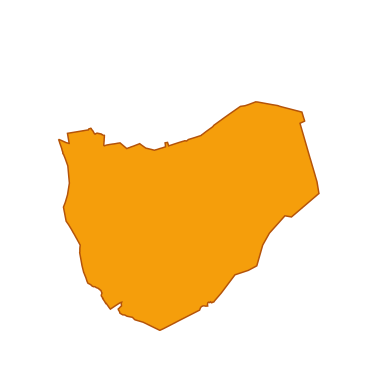 outline of Villa de Reyes, San Luis Potosí, Mexico, rotated 153°
{"feature_id": "50627088B7825328231561", "entity_name": "Villa de Reyes", "entity_type": "district", "adm_level": 2, "iso_a3": "MEX", "parent_name": "Mexico", "parent_adm1": "San Luis Potosí", "projection": "orthographic", "projection_center": [-100.911, 21.834], "detail": "fine", "context": "isolated", "style": "filled", "palette": "amber", "viewbox_px": 384, "rotation_deg": 153, "n_neighbors": 0, "source": "geoboundaries", "source_scale": "gbopen_adm2", "svg_char_len": 4760}
<svg xmlns="http://www.w3.org/2000/svg" viewBox="0 0 384 384"><g transform="rotate(153 192 192)"><path d="M287.0,299.6L287.1,298.6L287.3,297.1L287.6,295.5L287.7,294.7L287.7,294.4L287.9,293.3L288.0,292.7L288.0,292.0L288.2,291.1L288.3,290.2L288.4,289.7L288.9,287.6L289.0,286.1L289.3,285.7L289.5,285.2L289.6,284.9L289.5,284.1L289.4,283.9L289.8,279.2L290.8,271.6L296.5,257.4L297.2,255.6L304.2,246.0L309.7,240.2L313.4,236.9L317.4,223.1L316.8,218.8L316.4,213.6L316.3,211.4L316.3,210.8L316.3,210.6L316.1,207.5L316.0,204.2L316.0,203.9L315.9,202.3L315.9,200.6L315.8,199.1L315.8,198.9L315.8,198.6L315.8,197.4L315.7,195.5L317.5,192.7L318.7,190.4L319.0,189.8L319.6,189.0L323.4,176.4L324.8,170.4L325.0,169.6L325.0,169.4L325.0,168.5L325.1,168.2L325.2,166.7L325.3,166.2L325.3,165.7L325.5,163.6L326.1,159.9L326.1,159.7L326.1,158.6L326.2,158.4L326.0,157.7L325.9,157.5L325.7,157.3L325.5,157.1L325.3,156.8L324.7,156.0L324.7,155.9L324.6,155.7L324.4,155.3L324.2,155.0L324.1,154.9L323.9,154.1L323.7,153.5L323.6,153.3L323.4,153.1L322.7,152.3L322.4,152.2L321.4,151.6L321.0,151.0L320.8,150.4L319.6,149.1L319.4,148.9L319.1,148.4L319.1,148.0L318.9,147.7L318.6,147.4L318.5,147.2L318.4,146.4L318.0,146.1L317.8,145.4L318.0,144.8L318.1,142.9L318.2,142.7L318.5,142.4L319.3,141.7L319.7,141.1L320.0,140.7L319.6,137.7L319.8,137.7L320.0,137.6L319.8,136.3L319.6,134.7L319.4,131.7L319.0,131.7L319.0,131.4L318.9,130.8L318.8,130.2L318.7,129.6L318.6,128.9L318.5,128.1L318.4,127.4L318.3,126.8L318.2,126.1L317.9,124.7L311.1,125.5L306.1,126.0L304.7,125.7L305.0,125.4L305.7,124.7L306.0,123.9L306.2,123.3L306.5,122.5L308.2,122.1L308.7,121.9L309.5,121.6L310.2,121.4L310.8,121.3L310.9,121.1L311.0,120.9L311.1,120.4L311.0,119.5L310.9,118.1L311.1,117.5L311.2,116.9L311.1,116.5L310.0,114.8L309.6,114.1L307.8,113.0L306.3,110.8L303.9,108.9L302.0,107.4L301.8,107.0L301.6,106.0L300.9,104.1L300.6,103.8L300.2,103.4L294.7,98.2L283.6,83.5L283.4,83.4L282.9,83.3L282.6,83.3L282.3,83.3L279.7,83.2L278.6,83.2L275.3,83.2L274.1,83.2L261.8,83.3L261.1,83.3L253.6,83.3L253.1,83.3L250.0,83.3L247.6,83.3L246.9,83.3L243.2,83.3L238.9,83.3L236.7,85.2L235.4,85.6L233.8,85.5L232.8,85.0L231.5,84.0L229.8,83.3L229.2,84.9L228.1,86.2L227.2,86.3L226.4,85.4L225.4,85.8L225.2,85.4L225.0,84.7L224.7,84.3L224.3,84.3L223.9,84.6L223.4,84.3L223.0,84.2L222.3,84.2L222.2,84.2L221.7,84.6L211.8,88.7L191.3,98.7L177.4,96.6L167.8,96.8L153.1,112.6L141.7,120.2L120.0,128.6L114.7,124.6L79.9,133.0L79.6,133.0L76.0,144.3L74.9,150.2L74.7,151.1L71.6,167.6L71.5,168.3L64.6,204.2L62.0,204.1L59.5,204.0L59.4,204.1L58.6,208.8L57.8,213.3L67.5,221.9L70.9,224.9L73.6,227.3L75.1,228.7L76.3,230.0L76.8,230.4L81.0,233.5L92.7,242.4L94.2,243.3L94.3,243.4L101.6,244.2L105.6,244.8L110.0,246.3L123.7,244.4L129.8,243.5L142.3,241.5L143.7,240.8L144.7,240.6L151.8,239.5L156.0,238.7L157.6,238.5L157.8,238.4L158.0,238.2L164.5,239.2L171.4,240.4L173.6,239.9L175.1,240.9L175.4,241.0L175.5,241.0L176.2,241.1L177.1,241.3L178.8,241.6L181.0,242.0L188.0,243.1L188.8,243.2L190.5,243.5L190.9,243.6L191.9,243.7L191.9,243.9L191.7,244.8L191.3,247.3L192.0,247.5L193.1,247.9L193.7,248.0L194.1,246.7L194.6,245.5L195.0,244.5L195.1,244.3L198.4,244.8L200.4,245.2L200.7,245.3L203.6,245.7L204.1,245.8L205.9,246.2L206.4,246.2L206.5,246.3L206.8,246.5L208.9,248.4L209.4,248.8L212.4,251.4L213.2,252.0L215.6,256.6L216.5,258.4L216.6,258.8L223.6,259.5L226.2,259.9L226.4,259.9L226.7,259.9L226.8,259.9L227.0,259.9L228.3,260.1L230.4,260.3L233.8,268.4L236.4,269.3L236.5,269.3L237.8,269.7L239.2,270.1L239.3,270.2L239.6,270.3L239.8,270.3L240.0,270.4L240.2,270.5L240.3,270.5L240.5,270.6L240.9,270.7L241.0,270.8L241.3,270.9L243.5,271.6L244.3,271.9L244.5,271.9L246.4,272.5L249.8,273.1L249.7,273.1L249.2,274.0L248.7,274.9L248.0,276.0L247.7,276.6L247.5,276.8L246.7,278.1L246.4,278.7L246.1,279.3L245.4,280.3L245.0,281.1L244.4,282.0L244.4,282.3L244.8,282.4L245.1,282.7L245.2,282.8L245.4,283.0L245.7,283.4L245.8,283.8L246.1,284.1L246.4,284.2L246.5,284.3L246.5,284.8L246.6,285.0L246.8,285.2L247.1,285.4L247.3,285.5L247.5,285.5L247.8,285.9L248.1,286.2L248.3,286.2L248.5,286.5L249.0,286.7L249.2,286.9L249.2,287.1L249.3,287.2L249.5,287.3L249.8,287.5L250.0,287.6L250.3,287.6L250.6,287.7L250.8,287.6L251.1,287.6L251.4,287.7L251.6,287.6L251.8,287.5L252.0,287.5L252.3,287.8L252.4,288.0L252.4,288.3L252.5,288.5L252.5,289.4L252.6,291.6L252.8,292.2L252.9,292.4L252.9,292.5L252.9,293.1L253.1,293.7L253.0,294.1L253.0,294.4L253.1,294.6L253.4,294.8L253.7,294.8L253.9,294.8L254.1,294.8L254.3,294.9L254.5,294.9L254.8,295.0L255.0,295.0L255.4,295.0L255.5,295.0L256.1,294.4L265.0,297.2L276.3,300.8L276.4,300.6L276.5,300.5L276.5,300.2L277.5,297.1L279.4,291.0L279.6,291.1L281.0,292.5L281.5,292.9L281.7,293.1L282.7,294.4L282.9,294.6L284.8,297.0L286.6,299.1L287.0,299.5L287.0,299.6Z" fill="#f59e0b" stroke="#b45309" stroke-width="1.5"/></g></svg>